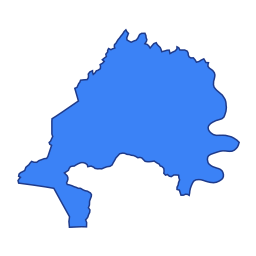 the district of Chapecó, Santa Catarina, Brazil, rotated 269°
{"feature_id": "56859067B15703493579664", "entity_name": "Chapecó", "entity_type": "district", "adm_level": 2, "iso_a3": "BRA", "parent_name": "Brazil", "parent_adm1": "Santa Catarina", "projection": "robinson", "projection_center": [-52.66, -27.112], "detail": "fine", "context": "isolated", "style": "filled", "palette": "blue", "viewbox_px": 256, "rotation_deg": 269, "n_neighbors": 0, "source": "geoboundaries", "source_scale": "gbopen_adm2", "svg_char_len": 4012}
<svg xmlns="http://www.w3.org/2000/svg" viewBox="0 0 256 256"><g transform="rotate(269 128 128)"><path d="M211.7,116.0L210.0,115.7L208.2,116.2L207.4,113.9L206.6,112.3L207.8,110.0L206.0,109.0L204.4,109.0L202.2,107.1L199.8,107.6L198.3,105.5L196.7,103.5L195.0,105.4L193.2,103.6L191.9,101.2L190.2,101.6L187.8,101.4L186.3,99.1L185.7,97.3L183.7,96.0L182.2,94.2L184.1,93.6L185.9,93.5L184.7,90.8L182.6,89.2L180.9,89.4L178.9,89.2L177.1,88.0L176.9,84.1L176.6,81.4L174.6,80.6L173.3,79.5L171.4,78.6L169.5,77.7L168.6,75.5L155.9,78.9L145.0,62.4L141.0,56.2L138.6,52.2L136.2,52.0L123.3,51.8L120.8,52.6L118.2,51.3L116.1,50.3L114.9,48.9L113.1,49.5L112.0,51.3L100.9,47.4L99.0,46.1L98.8,43.7L97.9,41.2L97.0,38.5L95.3,36.1L95.4,33.3L96.3,31.0L94.4,29.3L93.0,28.3L91.9,26.9L90.5,25.2L87.3,24.0L86.1,21.7L85.3,19.9L83.9,18.3L81.6,17.8L80.6,19.6L79.2,18.4L77.4,17.1L74.8,17.7L72.6,32.3L70.6,44.3L69.0,52.8L53.6,60.9L40.3,68.0L35.6,67.3L29.8,67.7L30.1,79.7L29.9,84.8L34.2,85.0L36.9,84.0L38.3,85.3L39.7,86.3L42.1,87.1L44.3,88.2L46.8,88.5L48.9,87.0L51.7,88.1L55.6,88.3L57.7,89.1L60.2,90.1L62.0,90.3L63.7,89.3L65.5,86.4L66.1,83.9L67.0,81.9L68.5,79.5L68.6,77.1L69.6,75.1L70.2,73.2L71.3,70.9L72.1,68.5L72.6,66.3L74.2,65.6L75.9,66.4L77.7,67.0L79.5,67.0L81.2,66.4L84.2,63.6L85.7,66.1L86.8,67.7L88.7,68.5L90.4,69.8L90.8,71.6L90.9,73.6L92.0,75.4L93.2,77.7L94.2,80.4L94.2,82.6L93.5,84.7L92.1,86.6L90.0,87.1L90.6,90.4L89.4,93.0L88.2,94.3L87.7,96.9L87.8,99.1L87.6,101.0L88.7,103.6L89.6,106.2L90.0,109.3L91.3,111.4L93.5,112.6L96.5,114.4L98.2,115.3L102.4,119.2L103.0,122.3L102.7,124.4L101.7,126.4L101.4,129.0L100.7,130.8L100.4,133.1L99.4,135.3L98.1,137.3L98.4,139.4L97.9,141.2L96.1,142.9L94.4,144.5L94.0,146.5L93.9,148.4L94.1,151.0L94.5,153.6L92.7,156.1L91.3,158.6L89.5,159.5L88.9,161.3L87.0,163.1L84.2,163.3L82.1,163.0L80.2,164.7L80.8,166.6L79.1,168.5L78.6,170.4L80.2,173.0L80.2,175.4L79.9,177.8L77.5,178.0L75.2,178.7L72.6,177.6L70.0,177.1L68.0,176.0L65.7,175.9L65.0,178.3L59.9,179.8L59.9,182.4L60.8,184.3L60.6,186.4L59.6,188.0L62.1,188.5L63.9,188.7L66.5,189.3L68.7,190.1L70.3,190.8L72.3,191.8L73.9,193.0L75.0,195.0L75.2,197.8L75.0,200.1L74.3,202.4L73.5,204.6L72.9,206.5L72.2,209.3L71.8,212.6L72.2,215.4L73.4,218.3L75.0,220.8L76.3,221.9L77.8,222.5L79.7,222.6L81.9,222.1L83.6,221.2L85.0,219.6L85.8,217.9L86.4,216.0L87.2,213.9L87.9,212.0L89.0,210.2L90.5,208.4L92.0,207.4L95.1,206.8L97.5,207.2L98.9,208.1L100.2,210.2L101.1,212.8L101.8,215.0L102.6,217.6L103.2,219.9L103.5,222.3L103.4,224.8L103.1,227.1L102.9,229.0L103.0,231.6L104.0,233.9L105.6,235.8L107.1,237.1L108.9,238.0L111.7,238.9L114.0,236.6L116.0,233.7L117.3,231.3L118.0,228.9L118.9,225.5L119.1,222.6L119.1,220.7L119.1,218.8L119.1,216.1L119.9,213.3L121.4,211.1L123.0,209.5L124.9,208.4L127.2,208.1L128.9,208.7L130.9,210.5L132.3,212.7L133.1,214.4L133.9,216.1L134.6,218.7L135.6,222.0L137.2,224.0L139.2,224.9L141.2,225.6L143.0,226.2L145.1,226.5L146.9,226.7L149.0,226.5L151.2,226.4L153.0,226.1L154.9,225.5L156.8,224.4L159.3,222.8L160.7,221.2L162.4,219.3L164.1,217.4L165.3,216.3L167.3,214.8L169.7,214.2L171.4,214.3L173.2,214.4L175.5,215.1L177.7,215.6L179.5,215.8L181.7,215.3L184.0,213.7L185.3,212.0L186.4,210.4L188.2,209.0L190.2,209.1L191.9,209.6L192.1,207.0L193.9,206.1L195.8,205.0L194.6,202.3L193.3,200.3L192.6,197.6L194.9,196.3L197.0,194.6L197.0,191.9L198.1,190.3L199.8,189.6L202.0,189.4L203.8,188.5L205.0,186.0L205.0,183.7L205.1,181.2L207.4,180.1L208.3,178.4L206.1,178.3L204.1,176.3L203.0,173.7L201.7,171.3L203.6,170.9L205.1,170.6L205.1,168.5L204.3,165.8L203.7,163.1L206.3,162.3L207.9,161.6L209.5,160.0L211.0,158.6L212.8,157.7L211.9,155.3L210.1,153.7L207.6,151.5L209.9,150.1L211.2,148.7L212.0,146.3L214.2,147.9L216.0,148.4L217.9,147.7L220.1,147.5L222.4,146.6L222.4,143.3L221.3,141.3L219.7,140.4L217.8,139.5L215.7,137.8L214.9,135.4L213.7,132.6L214.9,130.4L216.0,128.6L218.1,128.3L220.5,129.3L222.6,130.1L224.4,128.5L226.2,127.6L224.5,125.8L223.0,124.9L221.5,123.8L219.9,122.4L218.1,121.1L216.6,119.7L214.6,118.4L212.9,117.4L211.7,116.0Z" fill="#3b82f6" stroke="#1e3a8a" stroke-width="1.5"/></g></svg>